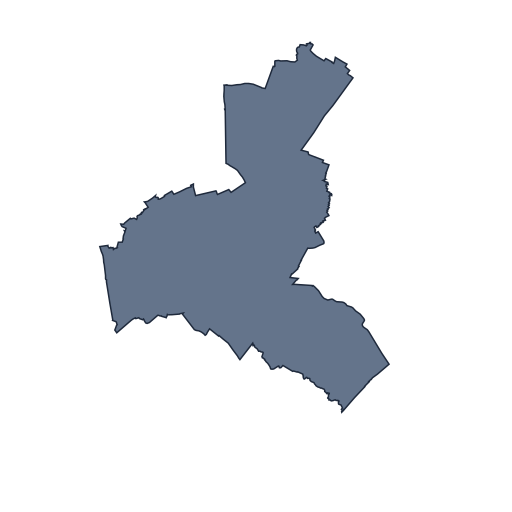 the district of Groningen, Groningen, Netherlands, rotated 337°
{"feature_id": "6326949B19731519413910", "entity_name": "Groningen", "entity_type": "district", "adm_level": 2, "iso_a3": "NLD", "parent_name": "Netherlands", "parent_adm1": "Groningen", "projection": "albers", "projection_center": [6.605, 53.21], "detail": "fine", "context": "isolated", "style": "filled", "palette": "slate", "viewbox_px": 512, "rotation_deg": 337, "n_neighbors": 0, "source": "geoboundaries", "source_scale": "gbopen_adm2", "svg_char_len": 6057}
<svg xmlns="http://www.w3.org/2000/svg" viewBox="0 0 512 512"><g transform="rotate(337 256 256)"><path d="M149.1,277.7L150.6,276.5L151.5,275.3L151.6,275.6L156.0,277.3L163.0,279.6L163.4,279.4L166.7,280.1L165.6,280.7L170.5,299.7L171.8,301.1L174.2,302.6L176.1,304.7L177.6,307.3L178.2,309.1L179.6,308.8L181.6,307.1L184.8,304.9L190.3,315.1L190.9,314.8L193.2,319.5L196.4,325.4L198.1,333.5L199.9,340.7L200.2,343.2L200.7,345.1L219.0,334.9L218.9,336.1L218.3,336.8L218.2,337.3L219.3,337.3L219.6,337.5L219.2,338.9L219.6,339.9L220.8,341.9L221.2,344.7L222.4,345.1L223.2,346.3L224.6,347.1L224.8,347.5L224.8,347.8L224.3,348.5L222.1,351.0L222.1,352.2L222.4,352.2L223.7,354.5L223.3,354.8L223.8,356.3L223.9,357.1L224.9,359.4L225.4,362.0L225.6,363.5L225.4,365.5L225.7,366.0L227.2,366.7L228.3,366.9L233.6,366.0L234.1,366.4L233.8,367.9L234.3,368.3L235.3,368.5L238.0,367.3L244.7,376.5L245.7,376.6L248.6,379.0L249.1,378.9L252.9,383.0L252.6,384.5L252.7,384.9L252.3,385.4L252.1,386.1L252.0,387.5L252.1,387.9L252.6,388.2L255.0,387.4L255.5,387.8L255.5,388.6L255.7,388.9L256.9,389.2L257.6,389.8L257.2,391.3L257.2,391.8L257.9,393.3L259.9,395.2L259.9,396.5L260.3,397.5L260.6,399.0L261.8,400.8L263.0,401.7L263.8,402.8L264.8,403.2L265.3,404.0L266.5,405.0L266.8,406.6L266.3,407.6L266.9,408.6L267.5,410.5L267.9,410.6L268.3,409.9L269.8,411.0L269.6,411.4L268.5,412.1L267.8,413.7L266.5,414.7L266.6,415.2L267.3,415.6L266.9,417.1L268.0,417.5L268.5,418.6L268.7,418.8L270.3,419.2L272.7,419.3L273.2,420.2L275.1,421.0L275.7,421.9L275.5,422.2L274.9,422.3L274.7,423.0L274.2,424.3L274.3,424.8L276.0,426.3L276.2,429.7L274.7,430.5L275.1,431.9L274.8,432.5L274.1,432.5L273.9,433.3L276.5,432.2L276.8,431.6L277.2,431.8L291.5,424.8L305.2,418.8L305.1,418.4L311.0,416.0L310.7,415.6L313.6,414.5L313.8,414.7L315.6,413.6L321.6,412.2L336.2,407.6L333.8,394.9L330.2,369.6L329.6,367.3L327.6,364.2L327.0,363.0L326.8,361.9L326.9,360.9L327.5,359.9L329.9,358.3L330.8,357.4L330.8,355.8L329.2,350.3L326.2,345.4L324.9,341.6L323.9,340.2L320.3,337.2L319.9,335.2L318.6,333.1L317.2,332.0L312.4,329.6L311.4,328.5L309.6,325.7L308.6,325.2L304.9,324.6L302.1,321.7L301.1,319.2L300.0,312.5L297.9,307.2L296.9,305.4L296.1,305.7L295.6,304.8L280.9,297.4L278.6,296.5L283.6,294.0L284.2,294.1L286.1,293.2L278.9,289.1L281.8,286.4L282.3,286.7L289.4,284.2L289.5,283.7L291.6,282.3L291.2,281.7L296.1,277.7L295.8,277.5L306.7,269.0L307.9,269.7L311.4,270.9L313.6,271.3L318.8,271.0L323.0,271.1L323.8,270.5L323.8,269.9L324.2,269.2L324.3,268.7L322.7,257.9L319.9,258.2L319.8,256.3L320.3,256.1L320.3,255.3L320.9,255.2L320.7,252.4L321.3,252.0L322.9,251.8L323.2,253.5L325.2,253.3L325.2,252.6L327.4,252.2L327.5,251.6L328.6,251.7L328.6,250.8L330.3,250.9L330.4,251.3L330.7,251.3L331.2,251.1L331.2,249.9L332.5,249.9L332.5,250.2L333.9,250.2L333.8,248.0L335.5,247.5L338.9,247.3L338.8,245.8L338.2,243.3L339.5,242.7L339.2,241.9L340.4,241.4L340.1,240.7L342.2,240.1L341.7,238.6L342.9,238.1L342.8,237.8L343.3,237.6L342.9,236.7L344.2,236.1L343.7,235.2L345.1,234.5L346.4,232.4L345.9,231.8L347.2,230.4L346.6,229.5L347.9,228.5L349.3,229.9L349.8,229.0L349.7,228.1L348.1,226.4L348.5,226.0L346.5,224.0L348.2,222.2L347.3,221.2L348.6,219.5L347.7,218.7L348.9,217.2L350.4,218.4L350.8,216.3L348.1,214.1L348.5,213.5L347.4,212.6L350.2,212.6L349.8,212.2L349.7,211.7L351.4,209.5L351.2,209.3L353.0,207.3L352.6,206.9L353.0,206.5L354.0,205.8L358.8,200.6L353.7,195.9L355.5,194.2L344.3,183.4L344.1,182.8L344.6,180.8L344.6,180.6L338.9,176.2L357.3,165.1L373.7,153.7L385.6,147.5L414.9,129.9L413.3,126.9L412.1,125.5L411.4,123.8L414.7,121.8L412.1,116.8L414.7,114.9L411.7,111.1L406.7,104.1L404.7,107.0L402.7,109.1L401.5,107.4L401.8,107.1L397.4,101.5L394.9,102.9L389.7,95.8L387.7,91.9L386.5,88.9L386.4,87.6L391.0,84.0L390.5,82.7L389.2,82.0L389.6,80.7L389.0,80.5L388.7,81.2L385.7,80.5L385.8,80.9L385.2,81.9L384.4,81.5L384.2,82.0L382.3,80.3L379.2,78.7L377.5,80.5L376.3,80.2L375.4,80.4L374.2,81.4L373.5,83.0L373.3,84.1L373.6,85.1L373.4,86.0L373.2,86.3L372.2,86.3L371.6,86.9L371.8,87.3L371.8,87.8L370.8,90.0L370.6,91.9L367.6,92.6L363.8,90.7L360.8,88.4L354.9,86.1L353.2,84.8L349.9,83.8L349.4,84.2L347.4,88.8L347.0,88.9L346.0,88.1L329.9,105.4L327.1,103.6L326.8,103.0L320.6,96.8L316.8,94.4L313.1,92.8L308.7,92.1L305.4,90.9L300.3,89.6L296.6,87.8L296.1,87.4L296.2,87.2L295.4,86.8L295.2,87.1L293.4,86.2L293.3,86.6L293.1,86.7L293.1,87.2L291.3,91.4L289.9,94.1L288.6,96.9L288.6,97.1L288.2,98.2L287.1,101.6L286.5,104.6L285.2,108.3L284.5,108.4L284.4,109.2L284.8,109.4L284.5,110.1L264.6,159.0L266.3,160.8L267.0,162.2L271.0,167.6L272.4,170.0L273.5,175.2L274.3,177.8L274.8,181.4L274.9,184.4L257.9,187.7L256.9,184.2L244.6,184.3L244.5,183.2L244.7,181.5L244.6,180.4L224.0,176.8L225.3,168.1L226.5,165.3L223.5,165.4L223.5,167.0L218.5,166.6L210.6,167.1L204.5,167.1L203.8,163.4L195.3,164.5L195.1,165.4L190.8,166.0L189.2,165.9L188.2,165.5L188.7,164.4L188.6,163.8L187.9,163.3L187.1,163.2L186.3,162.1L187.1,161.1L183.3,162.3L177.5,163.4L174.4,162.6L175.1,164.6L175.0,165.0L175.8,169.0L172.3,169.7L172.3,169.3L170.7,169.5L170.7,170.2L168.1,171.8L167.7,171.2L166.5,172.1L166.6,172.6L165.9,172.6L165.5,172.3L164.8,172.7L162.8,172.6L162.0,173.0L161.6,174.5L160.4,175.7L158.6,173.5L155.4,173.0L155.2,172.8L155.0,172.2L148.0,174.3L146.6,175.1L144.0,173.7L144.0,175.5L144.3,176.7L147.2,179.7L145.3,181.9L144.7,181.4L144.8,182.6L141.8,185.7L140.3,188.3L140.5,188.6L138.2,191.0L134.7,189.5L131.2,193.9L131.4,194.2L130.0,194.3L129.5,193.8L129.0,193.8L127.3,194.3L127.7,192.4L125.7,191.9L125.7,191.3L123.9,191.4L123.4,189.1L123.8,188.4L115.9,186.3L115.4,191.2L115.4,194.6L115.2,196.3L114.2,200.0L113.4,202.1L112.9,204.8L109.9,215.1L108.6,218.2L108.6,219.0L109.1,219.5L108.2,221.5L103.0,242.5L99.1,259.2L98.9,259.3L101.5,261.8L101.6,262.7L101.3,264.5L101.4,265.0L100.6,265.3L97.1,269.0L97.8,272.3L116.4,266.3L118.5,265.9L120.7,265.8L120.7,266.5L121.0,266.7L124.0,267.0L124.2,267.9L124.6,268.4L126.8,270.4L127.8,270.0L128.0,270.7L127.9,271.8L128.3,274.5L129.4,275.5L131.9,275.6L142.4,272.2L143.2,272.6L144.4,273.8L145.4,274.1L145.6,274.7L148.5,277.0L148.8,277.1L149.1,277.7Z" fill="#64748b" stroke="#1e293b" stroke-width="1.5"/></g></svg>